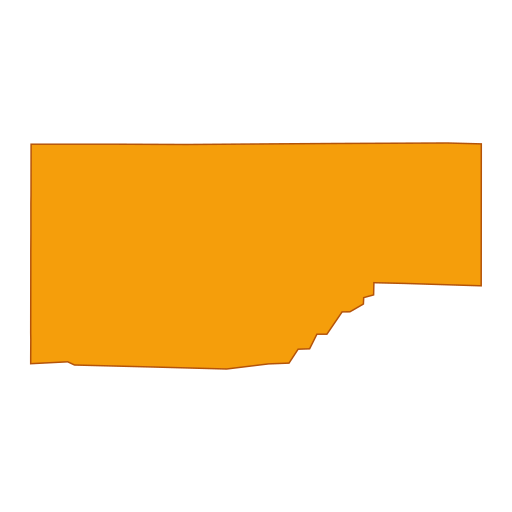 Crawford, Pennsylvania, United States of America (Robinson projection)
{"feature_id": "52423323B54680943068463", "entity_name": "Crawford", "entity_type": "district", "adm_level": 2, "iso_a3": "USA", "parent_name": "United States of America", "parent_adm1": "Pennsylvania", "projection": "robinson", "projection_center": [-80.159, 41.666], "detail": "fine", "context": "isolated", "style": "filled", "palette": "amber", "viewbox_px": 512, "rotation_deg": 0, "n_neighbors": 0, "source": "geoboundaries", "source_scale": "gbopen_adm2", "svg_char_len": 584}
<svg xmlns="http://www.w3.org/2000/svg" viewBox="0 0 512 512"><path d="M30.7,363.7L67.7,361.8L74.5,365.0L157.1,367.1L226.6,369.0L268.4,363.9L289.0,363.1L298.1,349.2L309.6,348.8L316.9,334.2L326.9,334.2L342.1,311.9L349.9,311.8L363.4,304.0L363.7,297.6L373.6,294.9L373.9,282.7L404.0,283.4L481.2,285.8L481.2,281.6L481.3,143.9L447.4,143.0L333.4,143.5L271.3,143.9L186.3,144.5L114.7,144.2L87.3,144.2L31.1,144.2L31.0,195.6L30.9,203.3L30.9,211.3L30.9,234.4L30.8,252.8L30.8,253.7L30.8,269.2L30.7,333.1L30.8,339.5L30.7,357.1L30.7,363.7Z" fill="#f59e0b" stroke="#b45309" stroke-width="1.5"/></svg>